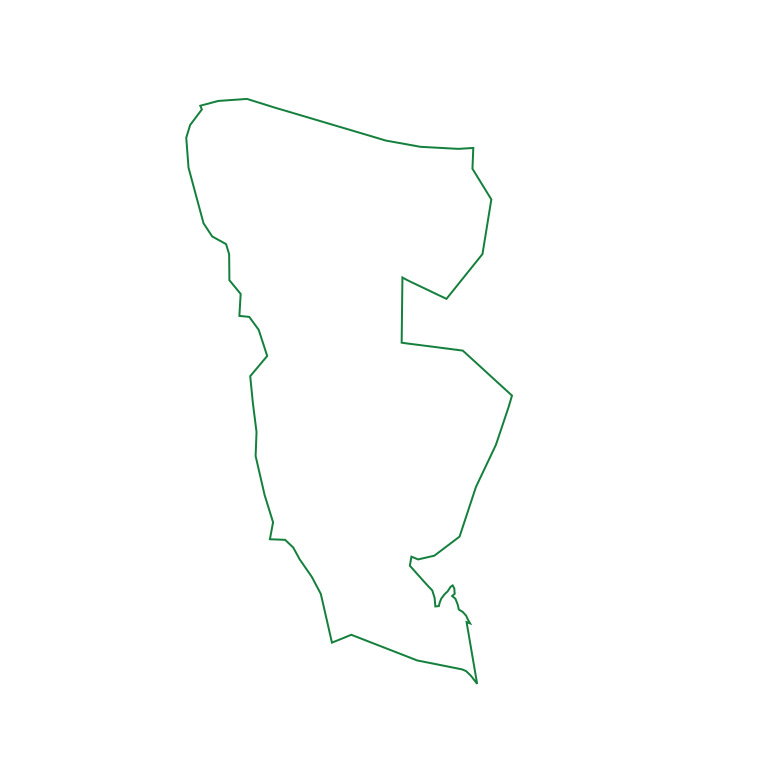 the district of Kosti, White Nile, Sudan, rotated 167°
{"feature_id": "16777658B3487648242534", "entity_name": "Kosti", "entity_type": "district", "adm_level": 2, "iso_a3": "SDN", "parent_name": "Sudan", "parent_adm1": "White Nile", "projection": "equal_earth", "projection_center": [32.672, 12.928], "detail": "fine", "context": "isolated", "style": "outline", "palette": "green", "viewbox_px": 768, "rotation_deg": 167, "n_neighbors": 0, "source": "geoboundaries", "source_scale": "gbopen_adm2", "svg_char_len": 1194}
<svg xmlns="http://www.w3.org/2000/svg" viewBox="0 0 768 768"><g transform="rotate(167 384 384)"><path d="M492.9,143.7L472.3,147.0L413.9,107.2L372.0,88.3L368.6,85.8L364.8,79.9L360.7,70.9L357.1,133.4L354.0,131.4L355.3,135.8L356.1,139.8L358.5,144.1L361.8,147.4L361.8,152.5L362.7,158.6L365.3,162.1L362.3,163.7L361.5,169.1L362.4,172.3L364.8,171.4L366.8,169.4L368.7,167.6L372.3,165.5L376.6,161.9L379.0,158.3L380.5,155.3L384.0,155.7L382.8,164.3L383.4,172.0L386.1,176.5L389.8,183.1L399.7,201.1L396.1,209.6L390.2,205.4L373.6,205.4L344.7,218.3L317.5,263.1L288.6,299.6L267.6,333.8L261.9,343.9L299.7,398.8L353.7,418.8L357.5,420.3L342.1,483.6L336.7,478.9L304.0,452.9L258.8,488.5L237.9,539.7L249.4,573.8L243.9,593.9L258.7,596.4L295.1,606.9L327.3,620.7L428.3,677.9L453.4,692.6L481.9,697.1L500.4,696.5L499.7,692.5L514.6,680.0L521.3,668.4L525.8,638.8L523.7,581.2L518.2,566.4L506.4,555.8L505.7,545.2L511.3,519.9L503.4,504.0L509.6,482.9L500.2,479.7L493.9,465.0L491.5,437.6L512.6,421.7L516.0,395.4L519.0,365.9L525.3,342.7L525.3,302.6L523.2,274.2L530.1,258.4L515.4,254.4L509.2,245.0L505.6,232.1L497.7,212.2L492.8,193.7L492.8,185.3L492.8,179.9L492.9,143.7Z" fill="none" stroke="#15803d" stroke-width="2"/></g></svg>